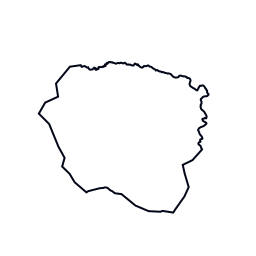 Tosoncengel, Hövsgöl, Mongolia (Robinson projection), rotated 213°
{"feature_id": "93677404B95621463819566", "entity_name": "Tosoncengel", "entity_type": "district", "adm_level": 2, "iso_a3": "MNG", "parent_name": "Mongolia", "parent_adm1": "Hövsgöl", "projection": "robinson", "projection_center": [100.859, 49.504], "detail": "fine", "context": "isolated", "style": "outline", "palette": "ink", "viewbox_px": 256, "rotation_deg": 213, "n_neighbors": 0, "source": "geoboundaries", "source_scale": "gbopen_adm2", "svg_char_len": 5575}
<svg xmlns="http://www.w3.org/2000/svg" viewBox="0 0 256 256"><g transform="rotate(213 128 128)"><path d="M162.2,59.8L152.1,57.8L143.1,53.4L127.8,51.4L127.0,53.3L118.8,62.2L117.1,63.5L116.3,64.1L115.8,64.7L114.6,65.9L112.7,66.6L112.0,66.6L110.0,66.2L108.8,66.1L107.6,66.3L106.8,66.4L105.3,66.3L103.7,66.1L102.9,66.4L97.5,69.0L79.5,67.0L65.4,69.5L55.1,75.5L53.9,77.3L44.0,81.7L44.0,85.9L43.4,101.4L44.9,111.5L55.7,120.7L62.0,126.9L56.4,136.2L54.2,150.4L54.3,150.5L54.9,150.7L55.3,150.9L55.6,151.0L55.8,151.2L56.0,151.5L56.5,151.9L57.1,152.3L57.8,152.5L59.6,152.7L59.9,152.8L60.2,152.9L60.5,153.3L60.6,153.6L60.7,154.2L60.7,154.5L60.5,154.9L60.1,155.3L59.9,155.7L59.8,155.8L59.9,156.1L60.1,156.3L60.7,156.8L61.0,157.2L61.1,157.6L60.9,158.0L60.7,158.4L60.5,158.6L59.9,159.2L59.8,159.5L60.3,160.2L60.7,160.5L62.0,161.2L62.4,161.3L64.5,161.9L64.7,162.1L65.2,162.5L67.0,163.8L67.6,164.0L67.8,164.2L68.1,164.6L68.2,164.8L68.2,165.1L68.3,165.7L68.3,166.2L68.2,166.7L67.8,167.4L67.8,167.7L67.5,168.3L66.9,169.0L66.6,169.5L66.4,169.6L66.1,170.1L65.5,171.2L65.2,171.9L64.9,173.1L64.7,173.8L64.6,174.3L64.9,174.7L65.1,174.9L65.5,174.9L65.9,175.0L68.4,174.8L68.9,174.9L69.1,174.9L69.5,175.1L70.0,175.5L70.5,176.0L70.2,176.6L69.8,176.8L69.7,177.0L69.1,177.8L69.0,178.1L69.0,178.3L68.6,178.5L68.1,178.5L67.7,178.7L67.7,178.8L67.8,179.0L67.9,179.5L68.0,179.8L68.2,180.0L68.4,180.5L68.9,181.0L69.7,181.5L70.4,181.8L72.6,183.0L73.5,183.2L74.0,183.3L76.2,183.6L77.0,183.8L77.9,184.6L78.6,185.2L79.0,185.7L79.1,186.5L79.4,186.8L79.6,187.1L79.8,187.4L79.7,188.2L79.8,188.5L80.0,189.1L80.4,189.8L82.3,191.2L82.6,191.8L82.6,192.3L82.3,193.3L82.1,194.7L81.8,195.3L81.2,196.0L80.9,196.3L80.6,196.6L79.8,197.1L79.2,197.8L79.0,198.0L78.6,199.5L78.7,199.9L79.0,200.3L80.2,200.5L80.6,200.7L81.0,200.9L81.2,201.2L81.5,201.5L81.7,202.0L81.8,202.2L82.0,202.4L82.3,202.5L82.8,202.6L83.2,202.8L83.3,202.8L83.5,203.1L83.9,203.3L84.3,203.3L84.8,203.4L85.3,203.8L86.4,204.3L87.2,204.5L87.8,204.6L88.3,204.5L88.6,204.4L88.9,204.1L90.1,202.8L90.3,202.9L90.5,202.8L90.8,202.3L90.8,202.0L90.6,201.1L90.7,200.4L90.7,199.9L90.6,199.5L90.5,199.4L90.4,197.5L90.5,197.2L90.9,197.0L91.4,197.0L92.1,197.1L92.5,197.1L93.9,197.2L94.4,197.0L95.0,197.0L98.4,197.1L98.7,197.2L99.3,197.5L99.7,197.8L100.1,198.2L100.3,198.4L100.5,198.8L100.7,199.5L101.0,200.0L101.1,201.1L101.2,201.4L101.4,201.8L101.8,202.3L102.7,202.9L103.1,203.0L103.5,203.0L103.9,203.0L104.2,202.9L104.8,202.6L105.7,202.4L106.0,202.3L106.1,202.6L106.6,202.6L107.0,202.5L107.6,202.5L108.0,202.4L109.1,201.9L109.6,201.5L110.0,201.3L110.3,201.2L111.3,200.9L111.7,200.8L112.1,200.7L112.8,200.4L113.1,200.1L113.3,199.8L113.5,199.4L113.5,199.1L113.4,198.7L113.4,198.4L113.5,198.1L113.7,197.7L114.9,196.7L115.5,196.2L117.2,195.7L117.8,195.6L119.7,196.0L120.3,196.2L121.0,196.4L121.6,196.5L123.5,196.0L123.8,195.8L124.1,195.5L124.4,195.3L124.6,195.2L125.8,194.9L126.5,194.6L127.0,194.3L127.6,194.3L128.1,194.2L128.3,194.1L129.1,194.0L129.5,193.7L129.7,193.3L130.0,193.2L130.4,193.3L130.9,193.3L131.3,193.2L131.6,192.9L132.1,192.7L133.4,192.4L133.8,192.4L134.0,192.5L134.7,192.6L135.0,192.5L135.2,192.3L135.6,192.1L135.8,191.9L135.9,191.5L136.0,191.4L136.7,191.7L137.4,191.8L139.0,191.7L139.6,191.7L140.2,191.7L141.1,191.9L141.8,191.9L142.2,191.8L142.7,191.6L143.2,191.3L143.7,191.3L144.4,191.5L145.0,191.5L145.4,191.3L145.7,190.9L146.0,190.4L146.3,189.9L147.3,189.2L147.8,189.0L148.3,188.8L148.4,188.6L148.5,187.6L148.6,187.1L148.7,186.8L149.0,186.4L149.4,186.1L150.0,186.0L151.6,185.9L151.9,186.0L152.2,186.1L152.5,186.1L153.4,186.0L154.0,186.1L154.8,185.8L155.0,185.9L155.0,186.1L154.8,186.3L154.6,186.4L154.0,186.5L153.9,186.6L154.0,186.7L154.9,186.5L155.3,186.2L155.8,185.9L157.1,185.9L157.4,185.6L157.4,185.3L157.3,185.1L157.3,184.8L157.4,184.4L157.4,183.6L157.5,183.3L157.8,183.1L159.2,182.6L159.7,182.4L160.5,182.4L160.9,182.3L161.3,181.9L161.7,181.7L162.1,181.4L162.5,181.4L162.8,181.0L163.2,180.8L163.4,180.6L164.1,180.6L165.0,181.0L165.3,181.0L165.8,181.1L166.3,180.9L166.6,180.3L166.9,180.0L167.1,179.6L167.3,179.4L168.5,179.3L168.8,179.1L169.8,178.7L169.9,178.4L170.1,178.1L170.3,177.7L171.6,177.3L172.0,176.9L172.3,176.5L172.7,175.9L173.1,175.5L173.3,175.3L173.6,175.2L174.3,175.2L175.3,174.9L176.2,174.5L176.5,174.4L177.1,174.5L177.5,174.3L177.6,174.1L177.7,173.9L177.9,173.8L178.2,173.9L178.6,173.8L178.9,173.7L179.3,173.5L179.7,173.1L179.9,172.9L179.8,172.4L179.9,172.2L180.1,171.9L180.3,171.7L180.5,171.5L181.1,171.3L181.2,171.1L181.2,170.7L181.0,170.4L180.9,170.2L180.6,170.2L180.8,169.7L180.9,169.4L181.5,169.3L181.8,169.0L181.8,168.6L181.6,168.3L180.8,168.1L180.7,167.8L180.7,167.6L180.9,167.5L181.1,167.4L181.4,167.1L181.7,166.9L182.1,166.8L182.3,166.5L182.4,166.2L182.2,166.0L182.4,165.9L182.6,165.7L182.6,165.4L182.6,165.2L183.1,164.9L183.7,164.4L184.7,164.0L185.0,163.8L185.4,163.2L185.8,163.0L185.8,162.7L185.6,162.3L185.2,162.1L185.0,161.8L185.0,161.7L185.0,161.4L185.8,160.5L186.3,159.5L186.7,159.3L187.1,159.3L187.6,159.5L187.9,159.7L188.6,159.9L189.2,159.6L189.2,159.8L189.0,160.0L188.5,160.3L188.4,160.4L188.5,160.4L188.9,160.3L189.3,160.1L189.4,159.7L189.4,159.1L189.4,158.9L189.6,158.0L189.9,157.7L190.4,157.1L191.2,156.5L191.6,156.3L192.1,156.2L192.4,156.3L192.9,156.3L193.2,156.4L193.4,156.6L193.6,156.6L194.2,156.9L194.2,156.7L194.8,156.6L195.2,156.4L197.7,156.4L198.4,156.1L198.7,155.6L199.4,155.1L199.9,154.2L200.2,154.1L200.4,154.1L200.8,154.3L201.2,154.6L201.9,154.9L210.1,147.8L212.6,126.1L203.7,116.2L211.3,104.2L210.6,91.5L196.3,88.4L176.1,74.4L164.9,68.4L162.2,59.8Z" fill="none" stroke="#020617" stroke-width="2"/></g></svg>